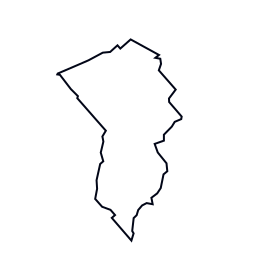 Iberville, Louisiana, United States of America (Robinson projection), rotated 229°
{"feature_id": "52423323B92446440923992", "entity_name": "Iberville", "entity_type": "district", "adm_level": 2, "iso_a3": "USA", "parent_name": "United States of America", "parent_adm1": "Louisiana", "projection": "robinson", "projection_center": [-91.395, 30.261], "detail": "fine", "context": "isolated", "style": "outline", "palette": "ink", "viewbox_px": 256, "rotation_deg": 229, "n_neighbors": 0, "source": "geoboundaries", "source_scale": "gbopen_adm2", "svg_char_len": 839}
<svg xmlns="http://www.w3.org/2000/svg" viewBox="0 0 256 256"><g transform="rotate(229 128 128)"><path d="M40.8,56.7L44.8,63.1L47.5,63.6L56.3,73.2L56.5,77.3L59.4,81.9L60.3,87.8L59.1,92.8L54.3,96.6L60.0,99.9L59.5,107.2L61.2,113.3L69.7,124.4L69.6,129.3L76.1,133.9L90.0,134.4L98.5,137.7L94.9,146.8L99.4,150.7L100.3,162.0L102.0,167.3L99.8,174.0L101.4,176.0L120.6,176.1L123.4,178.3L125.7,189.2L151.3,189.1L154.7,195.0L159.1,197.8L163.0,194.7L162.8,199.3L193.1,188.1L193.0,174.3L197.3,174.3L197.1,164.4L201.4,158.4L205.0,142.6L208.7,130.9L215.2,110.7L214.8,109.8L212.8,111.5L194.9,110.4L184.9,111.1L183.8,109.3L155.5,109.4L140.5,109.5L138.4,103.1L136.8,102.2L133.9,100.5L127.3,91.3L119.1,87.5L119.1,83.4L109.2,70.0L102.4,64.8L96.0,56.7L85.5,56.8L77.7,61.1L70.8,61.1L70.8,56.8L40.8,56.7Z" fill="none" stroke="#020617" stroke-width="2"/></g></svg>